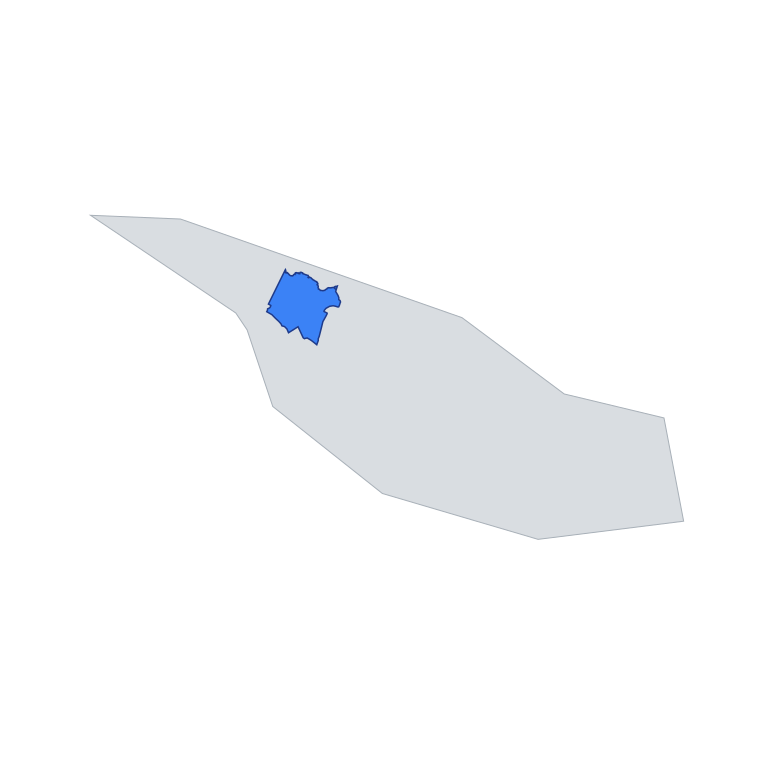 location of Ngkeklau, Ngiwal, Palau, rotated 281°
{"feature_id": "81905179B53990233662504", "entity_name": "Ngkeklau", "entity_type": "district", "adm_level": 2, "iso_a3": "PLW", "parent_name": "Palau", "parent_adm1": "Ngiwal", "projection": "robinson", "projection_center": [134.636, 7.588], "detail": "fine", "context": "in_parent", "style": "filled", "palette": "blue", "viewbox_px": 768, "rotation_deg": 281, "n_neighbors": 0, "source": "geoboundaries", "source_scale": "gbopen_adm2", "svg_char_len": 4600}
<svg xmlns="http://www.w3.org/2000/svg" viewBox="0 0 768 768"><g transform="rotate(281 384 384)"><path d="M404.1,665.3L306.5,704.3L260.9,564.9L276.2,403.3L340.7,279.1L411.0,239.3L425.4,225.0L493.6,63.7L507.1,152.7L464.0,447.9L408.6,562.8L404.1,665.3Z" fill="#d9dde1" stroke="#a8b0b8" stroke-width="1"/><path d="M416.1,280.5L423.8,288.7L414.0,295.8L413.3,297.2L413.9,298.3L414.5,299.8L413.6,302.5L412.8,304.5L411.6,306.9L409.7,310.5L414.2,311.2L415.7,310.8L418.4,311.3L427.1,311.8L433.6,312.1L439.0,313.9L441.8,314.7L442.7,314.7L443.3,312.9L443.7,311.3L444.8,311.3L447.2,312.6L449.9,315.8L451.1,319.1L451.1,321.2L450.8,324.1L451.1,324.8L452.7,325.2L455.4,325.5L456.2,325.7L457.6,324.9L458.2,323.5L460.1,323.2L462.2,321.9L465.6,318.9L471.3,319.5L471.2,319.3L471.1,319.2L470.9,319.0L470.8,318.8L470.6,318.9L470.4,318.7L470.2,318.6L470.4,318.6L470.5,318.6L470.6,318.4L470.6,318.2L470.6,317.9L470.6,317.7L470.4,317.4L470.0,317.0L469.8,316.9L469.7,316.7L469.4,316.6L469.2,316.6L469.1,316.8L469.0,317.2L469.1,317.3L468.9,317.4L468.8,317.1L468.6,317.2L468.8,316.9L468.9,316.7L469.0,316.4L469.1,316.2L469.1,315.7L469.0,315.3L468.8,314.9L468.7,314.6L468.7,314.4L468.5,314.0L468.4,313.8L468.2,313.5L468.2,313.4L468.2,312.8L468.1,312.5L468.1,312.3L468.0,312.1L468.0,311.8L467.9,311.6L467.9,311.2L467.9,310.9L467.6,310.6L467.3,310.3L467.2,310.1L467.0,309.9L466.6,309.8L466.4,309.8L466.2,309.4L466.1,309.2L465.9,309.1L465.8,308.9L465.7,308.8L465.5,308.6L465.4,308.4L465.0,308.2L464.9,308.1L464.6,308.0L464.6,307.8L464.5,307.6L464.4,307.4L464.4,307.2L464.1,306.8L464.1,306.4L463.9,306.1L463.9,305.6L463.9,305.0L463.8,304.3L463.8,304.0L463.7,303.7L463.9,303.6L464.2,303.1L464.4,302.7L464.5,302.4L464.6,302.2L464.7,301.8L464.8,301.8L464.8,301.5L465.3,301.5L465.5,301.3L465.8,301.1L466.0,300.9L466.5,300.8L466.8,300.9L467.0,300.9L467.3,300.8L467.5,300.7L467.9,300.5L468.0,300.4L468.2,300.2L468.3,300.2L468.5,299.8L468.6,299.7L468.6,299.3L468.7,299.2L468.6,298.9L468.7,299.0L468.8,299.3L469.0,299.6L469.1,299.8L469.4,299.9L469.5,299.9L469.6,300.0L469.8,300.0L470.0,299.9L470.2,299.7L470.3,299.7L470.8,299.2L470.9,298.8L471.0,298.8L471.2,298.7L471.3,298.5L471.4,298.4L471.6,298.4L471.7,298.0L471.6,297.8L471.7,297.3L471.8,297.1L472.0,296.8L472.1,296.4L472.2,296.1L472.3,296.0L472.3,295.9L472.3,295.7L472.5,295.5L472.5,295.4L472.6,295.2L472.6,294.9L472.7,294.7L472.8,294.5L472.8,294.3L472.9,294.2L473.1,294.1L473.2,293.8L473.3,293.6L473.5,293.3L473.6,293.0L473.9,292.6L474.1,292.4L474.4,291.9L474.5,291.4L474.6,290.8L474.5,290.6L474.4,290.5L474.4,290.3L474.3,290.2L474.1,290.1L474.0,289.9L473.9,289.7L474.1,289.5L474.1,289.4L474.9,290.0L475.5,289.1L475.7,288.8L475.9,288.9L476.1,288.8L476.1,288.6L476.1,287.8L476.2,287.4L476.3,287.0L476.3,286.7L476.3,286.2L476.4,285.8L476.5,285.5L476.6,285.2L476.6,284.9L476.7,284.5L476.7,284.2L476.7,283.8L476.8,283.4L477.0,283.5L477.2,283.3L477.3,283.2L477.6,282.9L477.6,282.7L477.5,282.4L477.7,282.0L477.8,281.7L477.8,281.3L477.7,281.2L477.7,280.8L477.7,280.7L477.6,280.4L477.4,280.3L477.3,280.2L477.2,280.2L476.9,280.2L476.7,280.1L476.3,280.1L476.3,280.3L476.2,280.3L476.2,280.2L476.1,279.9L476.1,279.7L476.1,279.4L476.1,279.2L476.3,279.2L476.5,279.2L476.6,278.9L476.7,278.7L476.8,278.5L476.6,278.3L476.3,278.4L476.3,278.2L476.4,277.9L476.2,277.8L476.0,277.6L476.3,277.7L476.5,277.5L476.5,277.4L476.6,277.1L476.6,276.9L476.6,276.7L476.5,276.3L476.4,276.2L476.3,275.9L476.2,275.8L475.8,276.0L475.8,275.9L475.6,275.9L475.4,275.6L475.2,275.5L475.0,275.4L474.8,275.2L474.7,275.3L474.7,275.0L474.6,274.9L474.4,274.8L474.2,274.7L474.0,274.4L473.9,274.4L473.5,274.2L473.4,274.1L473.1,274.1L473.0,273.9L472.9,273.7L472.8,273.4L472.7,273.4L472.7,273.2L472.6,272.8L472.6,272.6L472.5,272.4L472.6,272.1L472.5,271.9L472.5,271.7L472.6,271.3L472.7,271.0L472.8,270.8L472.9,270.7L473.1,270.3L473.1,270.2L473.4,270.0L473.4,269.9L473.6,269.6L473.8,269.3L474.0,269.2L474.2,268.9L474.3,268.8L474.3,268.7L474.3,268.4L474.4,268.2L474.6,268.2L474.8,268.0L474.9,267.7L475.0,267.5L475.0,267.4L474.9,267.4L474.9,267.2L474.8,267.3L474.7,267.2L474.4,267.0L474.4,266.9L474.4,266.7L474.5,266.7L474.6,266.4L474.6,266.1L474.7,265.9L474.8,265.7L475.0,265.4L474.9,265.5L474.9,265.8L475.0,265.9L475.2,266.0L475.3,266.0L475.5,266.0L475.5,265.9L475.7,265.7L475.9,265.7L476.0,265.7L476.0,265.8L476.3,265.9L476.5,265.9L476.8,265.8L476.9,265.7L477.1,265.7L477.5,265.4L440.4,255.3L440.2,255.9L439.5,257.9L438.2,257.8L436.9,257.2L435.6,255.4L434.1,255.5L432.6,255.1L430.7,260.7L427.8,264.9L425.5,268.6L423.4,271.4L421.6,272.7L421.4,275.4L419.5,278.2L416.1,280.5Z" fill="#3b82f6" stroke="#1e3a8a" stroke-width="1.5"/></g></svg>